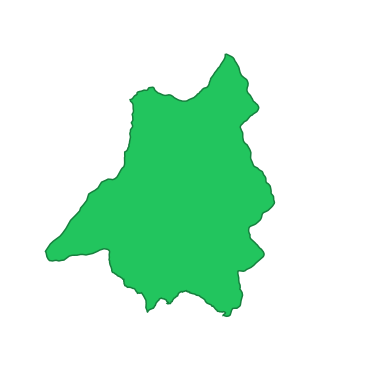 Cepitá, Santander, Colombia, rotated 213°
{"feature_id": "7082276B75602648241124", "entity_name": "Cepitá", "entity_type": "district", "adm_level": 2, "iso_a3": "COL", "parent_name": "Colombia", "parent_adm1": "Santander", "projection": "orthographic", "projection_center": [-72.934, 6.746], "detail": "fine", "context": "isolated", "style": "filled", "palette": "green", "viewbox_px": 384, "rotation_deg": 213, "n_neighbors": 0, "source": "geoboundaries", "source_scale": "gbopen_adm2", "svg_char_len": 5993}
<svg xmlns="http://www.w3.org/2000/svg" viewBox="0 0 384 384"><g transform="rotate(213 192 192)"><path d="M181.3,296.0L181.6,298.2L182.0,299.1L182.6,299.7L184.6,300.8L185.1,300.9L186.4,301.0L187.9,301.4L189.5,301.5L190.3,301.7L191.0,302.1L191.7,302.7L193.6,303.6L195.6,304.7L197.1,305.1L198.6,305.4L199.7,305.9L200.8,306.7L201.6,307.5L202.6,309.8L203.0,311.6L204.0,313.5L204.9,314.4L206.9,315.8L208.2,316.1L210.6,316.2L213.5,316.6L214.7,317.1L216.9,318.5L218.9,320.4L219.8,321.3L220.9,322.2L225.4,324.5L227.0,325.1L229.4,326.6L230.7,327.0L232.3,327.1L238.1,326.4L239.0,325.5L238.3,324.3L237.6,322.9L237.2,320.1L237.3,314.6L237.0,312.2L237.5,310.3L237.6,307.3L237.9,304.6L237.8,301.5L238.1,297.6L238.0,296.9L237.6,296.3L237.0,293.2L236.4,291.9L236.2,290.1L236.3,288.4L237.1,287.0L238.4,285.7L239.3,283.5L239.2,282.8L239.2,282.3L239.8,280.5L239.8,278.7L240.7,277.1L240.8,276.4L240.7,275.9L241.8,272.2L244.7,268.0L245.9,265.6L246.9,264.7L249.5,263.0L251.3,262.5L252.1,262.1L254.2,261.7L258.4,261.4L260.0,261.7L262.0,261.7L263.0,261.5L264.3,260.9L266.5,258.8L267.4,258.2L268.4,257.8L269.5,257.5L273.0,257.0L273.9,256.6L274.7,256.6L277.9,257.0L279.0,257.4L280.4,258.4L281.0,258.6L281.5,258.6L282.1,258.4L284.8,256.1L285.0,255.4L285.0,254.6L284.8,253.8L285.0,253.1L285.6,252.4L287.7,251.3L289.5,248.8L290.5,248.0L291.9,246.3L292.1,245.4L291.8,244.6L291.3,243.9L291.5,243.1L292.0,242.7L292.6,241.0L292.8,237.8L293.6,236.3L294.2,235.8L293.7,235.4L293.3,234.9L292.7,234.6L291.5,234.5L290.2,234.0L289.3,233.4L288.8,232.9L286.6,229.7L285.3,228.3L284.6,226.8L284.5,224.6L284.0,224.1L282.8,223.0L280.8,220.2L280.6,219.4L280.6,217.1L280.3,216.8L279.2,216.3L277.8,215.1L277.3,214.1L277.5,210.9L277.1,210.0L276.5,209.1L276.1,207.5L275.4,206.5L274.4,205.6L273.4,204.4L271.8,200.3L271.0,198.8L270.8,197.7L270.5,196.9L269.7,196.0L269.7,194.5L269.5,193.5L269.2,192.8L269.2,191.1L269.5,190.2L270.2,188.9L268.6,186.4L267.8,185.5L267.3,184.1L264.5,180.0L263.6,178.4L262.9,176.2L263.5,174.0L263.6,172.2L263.1,165.7L263.1,163.4L264.0,160.9L265.2,159.2L267.2,158.3L269.4,157.1L270.6,155.0L273.2,151.0L273.2,149.0L273.0,144.2L274.3,140.5L275.8,137.8L276.9,135.5L277.5,134.0L275.7,127.6L276.1,122.2L276.7,117.9L275.9,115.0L276.7,110.3L278.4,102.1L277.8,92.7L278.1,86.9L278.6,83.0L281.5,75.3L282.5,71.3L282.6,62.4L281.5,61.8L278.4,58.7L276.1,57.4L274.2,56.9L271.3,58.3L270.4,59.3L268.8,60.7L266.1,61.7L264.1,63.7L262.3,65.2L260.0,71.5L258.0,73.7L254.0,76.4L251.5,78.9L249.5,80.2L246.6,81.5L244.6,83.6L241.8,86.4L238.8,91.0L237.8,93.0L234.9,96.5L232.6,97.5L231.2,98.0L229.5,97.8L228.7,97.2L228.3,96.5L227.4,94.5L225.5,91.9L224.6,89.9L223.7,89.5L222.6,87.9L221.1,86.4L218.5,84.6L217.9,84.0L217.2,83.5L216.5,82.4L215.3,81.5L214.6,81.4L213.8,81.7L211.4,81.5L210.6,81.7L208.9,81.2L206.0,81.7L205.2,81.6L203.5,81.6L202.5,81.2L202.1,81.3L201.6,81.6L200.8,80.2L200.0,79.5L198.9,78.0L198.1,77.7L197.6,77.1L197.0,76.9L195.7,77.3L194.5,76.9L194.1,77.0L193.7,77.2L193.2,77.8L191.8,78.3L191.5,78.6L189.2,78.9L187.9,79.5L187.0,79.4L184.5,78.2L183.6,78.1L183.0,77.6L182.6,77.4L182.4,77.8L182.2,78.0L181.3,78.3L180.1,79.2L179.6,79.6L179.4,80.0L175.8,78.4L172.4,76.5L171.4,75.9L170.7,74.8L169.5,73.3L169.1,72.4L168.3,71.2L168.2,70.8L167.9,70.2L167.0,69.4L165.6,68.5L164.3,67.2L163.9,67.2L164.0,68.5L163.8,68.7L163.7,70.0L161.9,72.5L161.6,73.2L161.2,73.4L161.1,73.9L161.1,75.1L161.2,76.4L161.0,76.8L161.2,77.7L161.6,78.9L161.5,80.5L161.3,82.2L160.9,83.0L161.1,84.3L161.0,84.7L160.1,86.1L159.8,86.4L159.4,86.3L158.9,86.4L158.1,86.8L157.3,87.0L156.9,87.3L156.1,87.2L154.7,87.4L153.7,86.6L153.3,86.6L152.6,86.2L152.2,86.3L151.8,86.5L151.7,86.2L152.2,85.0L151.8,85.0L151.4,85.1L150.5,85.8L150.3,86.2L149.5,86.6L149.4,87.4L149.6,88.3L149.0,89.4L149.1,89.8L149.3,90.2L149.2,93.0L149.1,93.4L148.8,93.7L148.3,95.3L148.2,96.2L147.6,96.8L147.5,97.2L147.7,97.6L147.8,98.4L148.0,98.8L148.1,99.7L147.0,102.5L146.4,103.0L146.0,102.7L145.6,102.8L145.3,103.1L145.1,103.9L144.1,104.7L143.9,105.1L143.9,105.5L143.5,105.7L142.3,105.8L142.5,106.2L140.9,106.1L140.7,106.5L139.2,106.3L139.2,106.7L138.5,106.4L136.4,107.0L134.1,107.9L132.1,107.9L129.5,109.0L127.7,108.7L124.6,108.8L122.6,108.6L121.0,107.5L118.8,107.0L114.5,107.8L113.1,107.1L112.8,107.2L112.5,107.4L112.4,107.6L112.2,107.8L111.7,107.5L110.7,107.4L108.9,106.7L107.5,106.4L106.6,106.4L105.8,105.9L105.2,106.0L104.3,106.6L103.3,106.7L102.5,107.4L101.4,107.7L100.8,108.2L100.7,108.7L99.7,109.1L98.4,109.1L98.1,108.9L98.0,108.3L98.2,107.6L98.8,106.2L98.8,105.6L98.7,105.4L98.2,105.9L96.6,106.1L95.1,106.7L93.6,108.1L93.0,109.7L94.4,114.5L94.5,116.4L93.1,117.6L91.0,119.0L89.8,122.2L89.9,123.6L91.7,127.6L93.4,133.0L95.3,135.0L97.9,136.3L99.0,136.6L99.6,138.2L101.0,140.1L103.2,141.6L105.0,143.8L106.0,145.4L109.1,148.5L110.3,150.5L109.7,151.6L105.8,153.5L104.7,154.7L104.3,155.9L103.9,157.0L101.5,160.8L100.3,164.1L99.7,167.2L97.1,176.3L97.1,177.4L97.4,178.6L98.1,179.6L99.5,180.6L102.7,181.8L104.3,181.8L105.5,182.1L108.6,183.2L109.7,183.3L111.7,183.8L117.1,184.7L118.2,185.2L119.1,186.1L120.2,187.9L121.0,188.2L122.7,189.5L123.5,190.5L124.3,191.9L124.7,193.1L124.7,194.2L124.2,195.3L121.7,198.9L121.0,200.4L119.6,205.5L119.6,206.9L119.9,208.6L121.0,211.5L121.0,212.7L120.8,213.7L119.1,216.3L118.2,218.0L117.9,219.2L117.1,222.4L116.8,224.3L116.8,227.2L117.2,228.2L118.4,229.3L119.2,229.9L119.8,230.8L121.2,232.6L122.0,233.0L124.6,233.8L125.4,234.6L126.0,235.7L127.2,237.1L129.6,239.5L131.3,240.1L132.5,240.4L133.7,240.3L135.0,240.6L135.8,241.2L137.4,243.5L138.3,244.3L139.6,244.9L141.2,245.4L142.4,246.2L143.4,247.0L144.3,247.4L147.7,247.2L150.1,247.8L153.4,247.4L154.6,247.6L156.0,248.5L157.7,249.8L160.7,251.7L161.7,252.9L164.0,257.0L165.4,258.2L166.9,259.2L171.6,261.6L172.7,261.6L174.7,261.9L176.5,262.7L177.8,264.0L179.2,265.5L181.1,268.4L182.2,269.6L183.2,270.0L186.7,272.4L187.2,273.4L187.3,274.9L186.9,276.4L186.5,279.1L186.1,280.1L185.5,280.9L185.0,282.3L184.6,286.9L184.1,288.4L183.4,289.3L183.1,290.8L181.4,294.6L181.3,296.0Z" fill="#22c55e" stroke="#15803d" stroke-width="1.5"/></g></svg>